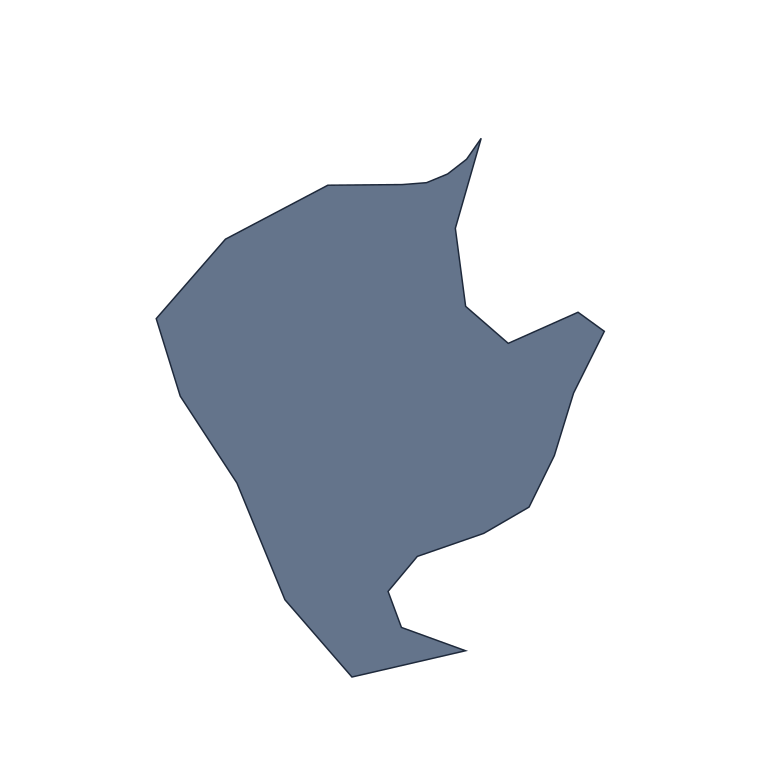 an SVG outline of Norfolk Island, rotated 216°
{"feature_id": "NFK", "entity_name": "Norfolk Island", "entity_type": "country or territory", "adm_level": 0, "iso_a3": "NFK", "parent_name": "Oceania", "parent_adm1": "", "projection": "robinson", "projection_center": [167.943, -29.055], "detail": "fine", "context": "isolated", "style": "filled", "palette": "slate", "viewbox_px": 768, "rotation_deg": 216, "n_neighbors": 0, "source": "natural_earth", "source_scale": "50m", "svg_char_len": 483}
<svg xmlns="http://www.w3.org/2000/svg" viewBox="0 0 768 768"><g transform="rotate(216 384 384)"><path d="M337.3,151.2L444.7,217.4L541.7,254.4L606.7,303.0L597.4,408.0L546.3,511.8L486.4,556.1L467.9,571.9L456.0,591.3L449.3,614.4L449.8,639.9L417.8,551.9L363.6,494.8L307.4,489.9L269.2,556.1L236.7,556.1L225.3,488.1L204.1,426.2L194.3,369.7L215.5,321.8L255.7,264.1L258.8,218.6L226.8,197.3L161.3,216.1L237.7,128.1L337.3,151.2Z" fill="#64748b" stroke="#1e293b" stroke-width="1.5"/></g></svg>